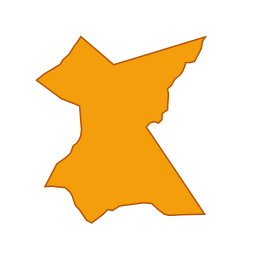 outline of Lastro, Paraíba, Brazil, rotated 170°
{"feature_id": "56859067B5730433440527", "entity_name": "Lastro", "entity_type": "district", "adm_level": 2, "iso_a3": "BRA", "parent_name": "Brazil", "parent_adm1": "Paraíba", "projection": "mercator", "projection_center": [-38.183, -6.553], "detail": "fine", "context": "isolated", "style": "filled", "palette": "amber", "viewbox_px": 256, "rotation_deg": 170, "n_neighbors": 0, "source": "geoboundaries", "source_scale": "gbopen_adm2", "svg_char_len": 926}
<svg xmlns="http://www.w3.org/2000/svg" viewBox="0 0 256 256"><g transform="rotate(170 128 128)"><path d="M67.5,29.8L86.0,71.9L109.9,125.8L105.5,129.1L101.3,129.8L97.1,127.5L93.1,130.4L91.9,136.3L85.8,139.1L85.0,143.4L83.7,148.4L82.3,154.5L82.3,159.8L77.8,162.5L73.4,168.0L67.6,171.2L64.2,174.5L61.7,178.5L59.9,182.3L55.0,181.6L50.9,182.1L46.2,188.1L41.9,193.7L39.8,200.1L36.0,204.3L131.1,192.8L158.6,226.2L161.8,222.6L167.0,217.7L173.1,211.0L180.3,206.4L183.8,202.4L201.2,195.7L209.9,191.0L188.6,168.5L171.8,158.2L174.1,134.2L175.9,128.5L178.0,125.1L181.0,122.0L184.9,120.1L189.1,113.0L194.6,109.5L200.2,106.9L204.4,104.9L220.0,84.6L213.2,83.9L200.1,80.1L196.0,74.6L194.7,70.8L193.3,61.2L190.0,55.9L184.8,44.3L180.2,40.8L167.2,47.5L162.3,51.2L157.7,49.4L149.9,52.6L145.1,52.5L125.1,51.6L117.6,49.4L113.0,43.2L107.5,37.0L103.5,35.1L99.3,34.3L90.9,33.4L67.5,29.8Z" fill="#f59e0b" stroke="#b45309" stroke-width="1.5"/></g></svg>